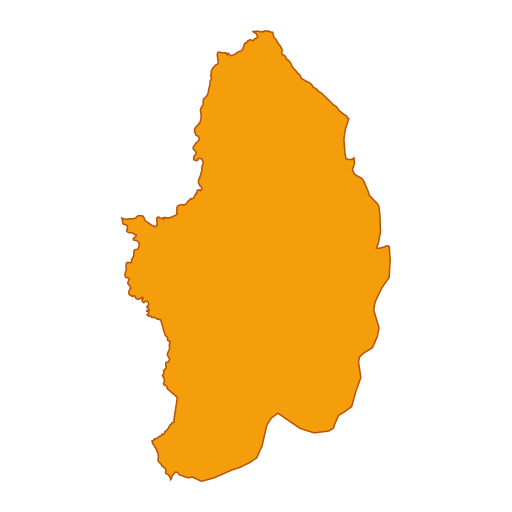 the district of Kayes, Kayes, Mali
{"feature_id": "8926073B46590111149246", "entity_name": "Kayes", "entity_type": "district", "adm_level": 2, "iso_a3": "MLI", "parent_name": "Mali", "parent_adm1": "Kayes", "projection": "natural_earth1", "projection_center": [-11.81, 14.583], "detail": "fine", "context": "isolated", "style": "filled", "palette": "amber", "viewbox_px": 512, "rotation_deg": 0, "n_neighbors": 0, "source": "geoboundaries", "source_scale": "gbopen_adm2", "svg_char_len": 6027}
<svg xmlns="http://www.w3.org/2000/svg" viewBox="0 0 512 512"><path d="M389.2,246.5L387.9,245.8L386.1,246.0L384.9,246.7L380.2,248.1L377.5,248.3L376.5,247.9L378.3,243.5L380.5,231.9L379.9,214.6L378.8,206.1L376.8,203.1L369.3,195.4L368.3,191.8L363.9,181.3L362.1,178.6L354.4,174.2L352.4,169.6L354.5,163.8L354.0,157.9L352.4,159.1L349.5,159.7L346.1,158.7L345.0,153.8L343.9,138.7L345.5,128.9L348.8,118.5L347.1,117.7L346.9,116.4L345.3,115.1L344.5,114.9L339.1,110.5L336.3,106.5L333.8,105.1L321.5,93.1L318.2,91.1L316.9,89.3L312.8,86.9L311.9,84.9L310.4,83.4L301.2,78.4L300.6,76.2L299.0,74.0L297.9,73.6L296.8,71.9L292.9,67.6L291.5,65.2L291.2,64.0L288.6,60.2L287.3,60.0L286.4,58.3L285.9,58.0L285.2,56.2L283.6,55.0L282.2,54.7L281.9,54.2L281.8,53.2L282.1,50.8L282.0,49.2L280.2,45.8L278.0,43.1L276.1,39.7L273.9,37.4L272.8,32.5L272.4,32.2L270.2,32.0L268.5,30.9L268.2,31.5L265.4,30.7L263.6,31.8L262.8,31.3L262.5,31.9L260.6,31.8L258.1,31.2L253.0,31.5L253.4,32.1L255.7,33.1L256.2,33.6L256.6,34.8L257.6,36.2L257.4,37.5L254.7,38.8L252.9,40.8L251.7,40.1L249.6,39.7L249.0,40.5L247.6,40.9L246.5,42.9L245.3,42.9L244.5,43.6L242.9,48.7L241.2,51.0L239.1,51.4L236.5,53.0L234.5,54.6L230.5,55.7L228.6,53.4L228.0,53.6L227.0,54.8L226.8,54.4L226.8,53.4L226.5,53.0L225.4,52.7L223.5,53.0L220.3,52.5L219.8,52.1L217.9,52.3L217.2,54.9L218.3,62.8L217.4,64.1L215.1,65.4L212.7,68.2L211.2,71.2L211.2,73.5L210.7,75.6L210.9,76.7L211.4,77.6L211.4,78.5L211.2,79.4L210.2,80.9L210.0,81.8L210.0,84.5L208.6,89.4L208.1,93.2L207.4,94.8L206.1,96.9L203.5,98.9L203.1,101.7L203.2,104.6L200.9,108.2L200.3,110.4L200.8,112.1L200.8,113.3L201.1,113.9L200.9,115.2L201.3,117.2L200.0,122.6L199.8,122.9L198.9,123.3L198.6,124.5L197.4,125.3L195.7,127.3L195.0,128.3L194.5,130.4L194.8,132.5L196.1,135.4L198.3,136.3L199.4,138.5L199.0,140.0L197.5,141.8L195.8,143.2L193.1,147.2L193.3,149.0L194.0,150.0L195.5,151.0L196.0,153.0L196.0,153.8L194.2,156.0L193.6,157.8L193.7,159.2L194.1,160.0L195.0,160.1L196.0,160.7L197.2,160.5L197.7,160.1L197.6,159.5L198.1,158.9L199.8,158.2L200.7,158.8L201.5,158.8L202.2,159.8L202.5,161.0L203.2,161.7L203.3,162.3L201.7,167.8L201.9,171.1L200.9,172.7L201.1,173.5L200.9,174.7L200.0,176.2L199.8,177.8L199.2,178.2L198.5,180.4L198.4,182.9L199.5,184.8L199.8,185.0L199.8,185.8L200.7,186.1L201.2,187.2L201.7,187.6L201.5,189.0L201.6,189.8L200.3,190.7L199.7,189.8L198.7,190.0L198.1,190.4L197.1,190.3L197.1,192.5L196.8,193.0L196.4,192.9L196.2,194.2L195.6,194.3L195.0,195.0L193.6,198.1L192.0,198.7L191.4,198.5L191.1,199.3L190.6,199.0L190.0,199.3L189.7,199.8L187.8,201.4L186.2,203.8L185.6,204.0L184.3,205.0L181.5,204.6L178.7,205.4L177.8,206.1L176.9,207.3L177.0,208.6L176.7,210.2L177.1,211.3L176.7,212.5L177.1,213.7L176.6,214.1L176.5,214.6L175.4,215.4L169.1,218.0L168.1,217.7L166.8,218.2L166.1,217.5L164.8,217.4L163.9,218.7L163.9,217.8L161.3,218.3L159.3,217.8L158.8,217.0L157.7,217.1L156.5,218.4L157.0,219.3L156.8,220.8L157.3,224.2L156.5,225.9L155.7,226.9L153.7,225.9L152.4,225.6L145.3,220.8L144.6,219.7L144.1,218.1L143.1,216.1L139.9,215.6L138.5,215.7L137.3,216.3L135.4,218.2L133.9,218.7L128.8,218.8L126.5,219.4L123.2,218.7L121.8,218.0L122.3,219.5L122.8,223.7L123.4,224.1L126.5,225.2L127.1,225.6L127.4,226.3L127.5,227.9L126.7,230.2L126.6,230.8L127.6,232.0L128.5,232.5L130.0,232.8L132.1,232.7L133.4,233.4L134.2,234.5L136.2,234.6L136.3,235.9L133.3,238.4L133.3,239.8L133.9,240.2L136.4,240.5L137.6,241.2L139.1,243.0L139.1,245.8L138.1,248.6L136.8,249.5L134.8,249.7L133.9,250.9L133.7,256.0L131.6,259.6L131.5,262.0L131.3,262.6L130.7,262.7L128.8,262.4L127.2,262.5L126.7,262.8L126.0,264.4L126.1,267.6L126.5,269.2L125.5,271.8L124.9,275.0L125.2,276.7L125.8,277.3L128.4,278.2L129.1,278.8L129.1,279.4L128.1,281.7L127.7,283.0L128.2,284.2L129.3,285.3L130.7,287.6L130.7,288.2L129.7,289.4L128.8,291.9L129.0,294.4L132.5,296.6L133.0,295.8L133.9,296.0L134.5,295.8L136.0,298.5L137.0,299.0L138.4,299.2L139.2,299.1L139.9,298.3L141.3,298.7L141.7,298.4L141.9,297.3L142.4,297.2L143.0,297.7L143.0,298.6L142.3,299.9L142.1,301.0L143.2,302.3L143.8,302.7L145.6,301.3L146.3,301.1L147.4,301.5L148.3,302.5L148.6,303.8L148.4,305.7L147.5,305.8L146.9,306.8L147.0,307.7L148.0,308.0L148.4,308.8L149.3,309.6L148.6,310.5L147.3,310.5L146.6,311.0L146.7,311.3L148.4,311.5L148.9,311.9L148.4,313.0L148.5,313.6L148.0,314.2L147.0,314.7L148.5,316.2L150.2,316.1L150.9,316.3L151.4,317.3L152.2,317.7L154.0,317.2L155.8,318.1L157.5,319.3L159.2,319.2L159.8,319.4L160.0,319.9L160.4,319.8L161.1,321.4L165.0,334.7L166.2,336.5L167.6,337.5L167.5,340.2L170.0,341.8L169.5,343.3L169.3,346.5L169.6,348.2L169.5,349.0L167.8,352.7L167.3,354.9L169.7,359.5L168.4,362.0L166.7,362.1L165.9,362.7L165.6,364.9L166.3,367.4L165.5,368.6L165.1,368.9L164.8,369.8L163.5,370.3L163.9,373.9L162.5,375.0L162.4,375.3L162.4,375.7L163.7,377.6L164.4,380.2L164.4,381.1L163.4,383.7L164.1,385.0L165.7,385.4L166.5,386.3L167.1,387.8L167.4,388.0L167.3,388.8L176.0,396.2L177.3,397.6L175.5,409.6L175.6,410.7L174.9,411.7L174.9,414.7L174.5,415.5L174.3,417.9L173.8,420.0L174.3,421.8L173.7,422.4L172.1,422.6L170.9,424.4L169.9,425.0L168.4,428.4L167.6,429.0L167.3,429.8L164.8,431.7L164.6,433.2L163.8,434.0L163.1,434.4L162.0,434.1L161.9,434.8L160.7,435.9L158.4,436.9L158.0,437.8L155.5,438.8L154.9,438.8L154.6,439.3L154.0,439.3L153.2,440.7L152.0,440.9L152.7,443.8L154.3,445.5L154.8,446.5L154.9,447.3L156.3,448.8L156.7,450.9L157.9,452.6L158.4,457.1L157.9,460.4L158.3,461.5L161.3,464.4L162.2,466.1L165.6,468.8L165.9,469.8L165.5,472.5L165.9,473.5L168.5,475.0L169.8,476.7L170.5,478.5L170.6,479.6L171.3,478.9L172.1,475.8L175.4,472.1L177.1,472.2L177.9,472.8L179.3,474.8L180.5,475.2L186.1,477.2L188.1,477.7L189.8,477.7L191.7,476.8L201.5,481.3L213.9,477.9L231.4,470.2L240.3,467.2L249.8,462.5L256.7,457.8L262.0,446.1L266.8,425.2L271.3,418.1L277.9,413.2L300.0,428.4L314.1,432.9L328.8,431.0L333.4,428.2L334.6,424.4L338.6,415.4L343.9,412.2L351.6,406.7L355.9,391.3L360.8,377.5L358.6,362.3L359.5,357.0L363.2,353.4L372.3,347.8L374.6,342.9L377.4,336.3L379.0,327.8L373.7,309.9L374.8,303.5L376.2,299.5L381.8,287.9L389.1,277.5L390.2,260.0L389.2,246.5Z" fill="#f59e0b" stroke="#b45309" stroke-width="1.5"/></svg>